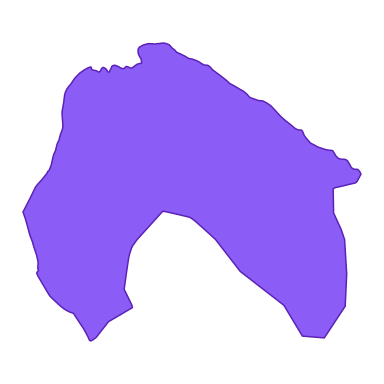 the district of Khounkham, Khammouan, Laos
{"feature_id": "54806243B26229872021267", "entity_name": "Khounkham", "entity_type": "district", "adm_level": 2, "iso_a3": "LAO", "parent_name": "Laos", "parent_adm1": "Khammouan", "projection": "robinson", "projection_center": [104.542, 18.055], "detail": "fine", "context": "isolated", "style": "filled", "palette": "violet", "viewbox_px": 384, "rotation_deg": 0, "n_neighbors": 0, "source": "geoboundaries", "source_scale": "gbopen_adm2", "svg_char_len": 3117}
<svg xmlns="http://www.w3.org/2000/svg" viewBox="0 0 384 384"><path d="M345.2,306.2L346.7,274.1L344.6,239.6L341.3,229.7L333.6,213.0L333.2,188.8L333.9,188.3L335.2,187.6L338.3,187.0L355.5,182.9L356.3,182.2L357.3,181.1L361.0,174.1L359.5,171.2L357.9,169.5L356.9,169.3L354.5,169.3L353.1,168.7L351.9,168.0L351.1,167.1L349.1,163.4L347.4,160.7L345.6,159.5L344.1,159.3L341.7,159.2L339.4,158.8L337.9,157.9L336.4,156.5L335.2,154.8L333.4,151.7L332.9,150.9L331.7,150.4L328.3,150.1L326.0,149.7L321.7,148.3L317.4,146.8L314.7,145.2L312.1,143.9L310.4,143.0L309.1,141.5L305.9,137.8L304.3,135.6L303.3,133.2L302.4,131.0L301.4,130.1L299.8,130.0L298.0,129.8L295.7,128.8L294.2,127.7L292.6,126.3L289.8,124.0L285.1,120.3L280.7,116.4L275.2,110.4L270.7,105.6L268.2,104.0L266.7,102.9L263.9,101.5L262.1,100.8L258.9,100.6L257.5,100.2L253.4,98.7L250.3,97.7L249.1,96.7L246.8,94.0L243.6,91.3L240.0,89.3L234.6,86.1L229.6,83.4L226.8,80.7L223.6,78.1L217.3,73.3L215.2,71.8L212.2,69.4L210.7,67.5L208.4,65.6L207.1,65.2L205.6,65.1L204.3,65.1L202.3,64.0L198.2,61.4L195.7,60.3L192.2,59.1L189.2,58.6L186.9,57.5L185.8,56.6L179.6,53.5L176.8,52.4L176.6,52.1L175.6,51.1L175.1,50.4L173.9,49.4L171.9,47.8L171.1,46.8L170.0,45.5L169.1,44.7L167.7,44.1L166.0,43.5L164.2,43.1L162.1,43.1L158.8,43.6L156.1,43.7L155.2,44.1L153.9,44.0L152.9,43.8L149.1,43.6L147.1,43.9L143.1,45.1L141.3,46.1L139.4,47.2L138.4,48.6L138.0,50.7L138.2,53.4L139.4,56.2L141.3,59.5L141.4,60.5L141.3,61.4L141.7,62.7L141.1,63.3L139.5,63.6L137.1,64.2L135.0,65.7L133.6,66.8L132.3,67.8L131.1,68.0L130.0,67.9L128.6,67.1L126.7,66.5L125.9,66.6L125.3,67.2L124.2,68.4L123.1,68.6L121.9,68.5L120.4,67.8L118.4,66.6L116.2,65.6L114.2,65.2L112.7,65.8L111.8,66.4L111.5,67.6L110.0,70.4L109.2,72.0L108.3,72.0L107.6,71.6L106.9,70.1L106.0,69.0L104.3,67.8L103.5,67.4L102.1,68.0L101.5,68.7L100.6,70.6L100.3,71.1L99.3,71.9L98.3,71.9L96.3,70.8L94.8,70.4L93.9,70.3L93.1,70.1L91.9,69.6L91.5,69.0L91.3,67.4L90.8,67.0L89.7,67.2L87.3,68.2L84.3,69.9L79.9,73.0L77.1,75.7L74.7,78.3L73.3,80.3L71.5,83.1L70.3,84.7L68.8,86.3L66.9,89.0L65.4,92.1L64.6,95.1L64.2,98.0L63.8,101.7L62.6,108.7L62.0,112.3L62.2,116.3L62.8,124.1L62.8,127.3L62.4,129.3L60.5,134.3L59.0,140.0L57.1,144.0L55.5,150.6L53.8,154.2L52.8,157.9L51.3,164.8L49.1,170.4L48.2,171.1L47.7,171.5L47.1,173.1L42.3,179.2L37.2,184.8L35.5,187.1L30.1,198.2L23.0,212.0L25.3,218.6L27.6,226.7L29.8,235.0L32.4,241.8L33.8,246.8L36.6,255.2L38.1,262.0L37.8,268.2L38.5,270.4L37.7,271.3L36.7,273.0L36.8,273.6L37.2,274.2L38.0,276.2L49.2,295.1L50.2,296.4L52.9,299.1L55.7,301.6L57.8,303.7L61.2,306.7L64.4,309.1L67.2,310.8L69.6,312.0L73.4,313.3L84.0,329.4L85.8,332.7L87.8,336.5L89.5,340.3L90.1,340.7L90.6,340.9L91.3,340.7L93.1,339.7L96.1,337.5L108.5,321.7L132.3,307.7L132.4,307.2L132.1,306.1L131.7,304.7L125.4,291.8L124.8,290.8L124.4,289.8L124.2,288.8L124.4,287.9L124.5,286.9L126.6,271.7L128.8,257.1L129.8,253.3L131.5,248.2L132.7,245.7L137.1,239.6L162.7,211.3L163.4,211.3L164.6,211.5L166.7,211.9L187.9,216.8L189.8,217.4L191.6,218.5L193.5,219.8L196.4,222.2L207.9,232.5L215.6,239.6L240.3,271.5L283.9,305.3L302.4,336.1L324.3,337.9L345.2,306.2Z" fill="#8b5cf6" stroke="#5b21b6" stroke-width="1.5"/></svg>